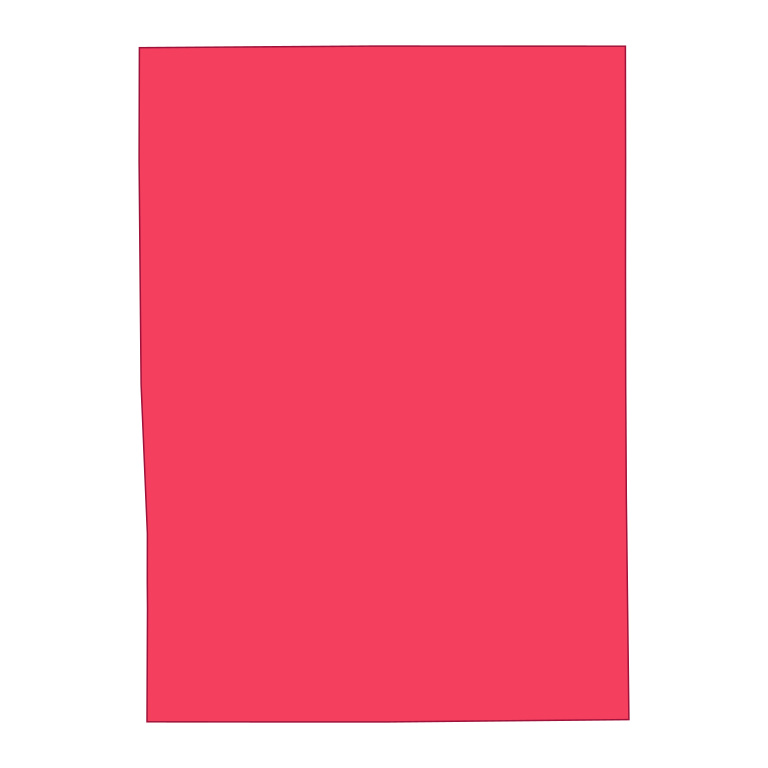 Kent, Michigan, United States of America (Natural Earth projection)
{"feature_id": "52423323B87728930289952", "entity_name": "Kent", "entity_type": "district", "adm_level": 2, "iso_a3": "USA", "parent_name": "United States of America", "parent_adm1": "Michigan", "projection": "natural_earth1", "projection_center": [-85.582, 43.031], "detail": "fine", "context": "isolated", "style": "filled", "palette": "rose", "viewbox_px": 768, "rotation_deg": 0, "n_neighbors": 0, "source": "geoboundaries", "source_scale": "gbopen_adm2", "svg_char_len": 344}
<svg xmlns="http://www.w3.org/2000/svg" viewBox="0 0 768 768"><path d="M139.1,160.5L141.1,384.3L147.4,533.8L147.3,581.4L147.5,608.6L147.0,721.8L268.5,721.9L388.4,721.9L628.9,719.6L626.3,495.9L625.7,385.8L625.5,271.4L625.6,158.9L625.4,46.2L382.0,46.1L371.1,46.1L139.4,47.7L139.1,160.5Z" fill="#f43f5e" stroke="#9f1239" stroke-width="1.5"/></svg>